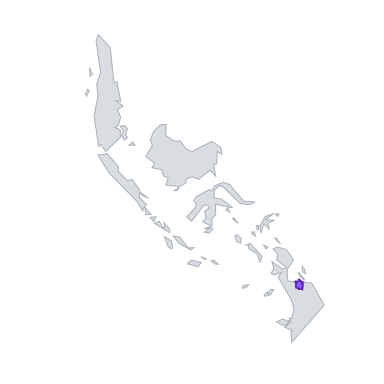 location of Waropen, Papua, Indonesia, rotated 41°
{"feature_id": "22746128B12986554349068", "entity_name": "Waropen", "entity_type": "district", "adm_level": 2, "iso_a3": "IDN", "parent_name": "Indonesia", "parent_adm1": "Papua", "projection": "albers", "projection_center": [136.631, -2.729], "detail": "fine", "context": "in_parent", "style": "filled", "palette": "violet", "viewbox_px": 384, "rotation_deg": 41, "n_neighbors": 0, "source": "geoboundaries", "source_scale": "gbopen_adm2", "svg_char_len": 6104}
<svg xmlns="http://www.w3.org/2000/svg" viewBox="0 0 384 384"><g transform="rotate(41 192 192)"><path d="M128.2,158.0L135.1,166.6L144.9,165.3L149.9,161.0L158.6,163.3L165.4,161.5L173.8,140.7L184.6,139.5L189.9,144.2L184.4,144.8L192.2,154.5L190.2,156.8L199.4,164.5L191.2,163.7L188.8,177.9L182.6,180.1L179.2,185.8L181.4,189.6L179.2,195.9L167.6,204.0L164.8,197.0L160.0,198.8L154.8,194.9L146.0,199.8L144.7,194.8L133.8,195.6L131.5,182.9L125.9,179.5L123.3,170.7L124.1,162.1L128.2,158.0ZM18.0,134.7L35.7,136.7L59.1,158.7L61.9,160.4L63.0,158.0L78.5,170.2L74.9,173.1L83.4,172.3L81.8,178.9L88.9,182.2L92.8,190.1L91.4,193.9L97.0,192.1L102.0,197.5L100.4,218.0L91.9,216.0L91.7,218.9L68.3,198.9L58.2,181.5L49.2,172.9L44.5,161.6L20.9,141.3L18.0,134.7ZM366.0,190.7L365.9,239.9L358.6,232.9L359.4,230.8L350.2,233.2L351.7,228.3L349.1,225.8L350.0,225.4L351.5,225.6L352.4,225.3L348.0,223.4L350.0,222.8L346.1,213.8L338.1,208.3L313.1,199.8L312.1,194.0L308.8,200.4L305.1,201.6L303.9,195.9L298.0,192.1L311.0,190.8L312.7,186.8L300.5,187.9L297.6,182.8L290.5,181.8L292.5,177.5L301.1,173.6L313.1,176.5L314.8,188.4L322.8,196.4L342.1,182.1L366.0,190.7ZM244.1,163.8L235.6,169.1L211.5,167.7L208.6,169.8L207.7,176.0L212.4,182.1L219.2,177.9L233.3,177.3L217.6,185.9L224.8,193.6L224.6,199.0L229.3,204.7L219.7,207.6L219.8,202.6L214.3,198.3L215.4,192.5L212.4,191.9L209.5,194.1L211.0,214.1L204.4,214.3L204.8,202.4L203.5,198.4L199.0,197.6L198.3,192.5L203.5,178.7L206.1,178.3L205.1,172.5L209.1,164.4L215.2,161.7L236.9,165.0L245.8,158.6L244.1,163.8ZM102.8,218.7L119.9,221.1L122.6,224.8L135.8,225.7L138.8,221.7L151.7,225.2L155.4,230.6L165.9,231.4L165.9,236.1L167.4,238.8L157.3,235.3L117.1,232.0L96.8,225.8L102.8,218.7ZM265.7,164.7L272.9,159.2L269.7,165.6L274.6,169.4L266.9,168.9L271.1,177.9L265.5,173.0L263.4,162.6L267.9,154.5L265.7,164.7ZM269.5,192.8L287.4,194.7L289.2,200.2L281.9,196.2L271.9,197.2L269.0,195.0L267.3,197.6L269.5,192.8ZM229.0,236.6L215.9,239.2L206.7,237.6L212.7,234.0L225.6,236.8L230.0,232.8L229.0,236.6ZM191.2,233.7L200.0,234.7L201.6,237.4L184.0,240.3L186.7,235.4L192.8,238.0L194.8,237.0L191.2,233.7ZM245.2,238.9L245.5,244.4L235.7,249.3L236.1,244.1L245.2,238.9ZM101.8,186.6L104.3,192.6L107.8,193.3L106.7,197.1L101.6,195.4L99.9,190.5L94.9,189.6L97.3,186.0L101.8,186.6ZM347.5,233.5L340.9,234.3L344.1,228.1L349.3,226.8L351.0,229.1L347.5,233.5ZM208.3,242.6L212.4,245.2L214.3,248.1L210.2,249.1L200.4,243.8L208.3,242.6ZM259.4,194.6L262.2,198.7L258.1,200.1L253.3,197.1L253.5,194.8L259.4,194.6ZM166.4,234.3L175.8,235.9L171.6,239.3L166.4,234.3ZM181.0,234.3L182.5,239.4L177.0,238.7L181.0,234.3ZM118.4,194.0L113.9,197.9L114.2,193.1L118.4,194.0ZM317.7,212.0L318.8,218.5L316.7,218.8L314.9,214.1L317.7,212.0ZM163.3,225.2L156.2,227.3L153.2,226.3L163.3,225.2ZM231.7,205.9L231.8,211.8L227.7,214.4L229.2,206.5L231.7,205.9ZM33.1,165.3L39.7,168.5L39.0,171.6L33.1,165.3ZM49.7,189.0L47.1,187.8L45.8,183.0L47.8,182.8L49.7,189.0ZM293.3,231.5L291.9,229.1L295.6,224.8L295.5,228.6L293.3,231.5ZM285.7,171.6L293.1,173.2L284.8,172.6L285.7,171.6ZM240.8,183.9L247.6,185.5L240.1,185.4L240.8,183.9ZM228.5,208.9L225.0,211.8L228.1,206.5L228.5,208.9ZM323.8,175.8L327.6,176.4L331.3,179.2L327.8,179.8L323.8,175.8ZM259.2,229.2L256.7,231.3L251.7,231.7L253.0,229.2L259.2,229.2ZM317.4,219.6L315.8,222.7L314.1,222.6L314.2,217.7L317.4,219.6ZM269.0,183.7L264.6,184.2L263.3,183.2L265.2,181.2L269.0,183.7ZM324.5,182.9L330.0,183.4L335.2,184.5L330.2,185.2L324.5,182.9ZM229.3,180.5L233.9,182.4L229.2,183.5L229.3,180.5ZM272.4,154.3L269.3,153.8L272.2,151.5L272.4,154.3ZM241.0,235.0L246.1,233.2L246.7,234.3L241.0,235.0ZM285.7,183.8L284.9,186.5L281.0,185.2L283.0,184.3L285.7,183.8ZM179.8,200.7L177.8,202.6L179.3,196.9L179.8,200.7ZM264.5,173.6L266.9,177.3L266.0,177.8L262.5,175.0L264.5,173.6Z" fill="#d9dde1" stroke="#a8b0b8" stroke-width="1"/><path d="M335.1,195.4L335.2,195.2L335.3,195.1L335.5,195.0L335.4,195.1L335.5,195.0L335.8,195.0L335.9,194.9L336.0,195.0L336.0,194.9L336.0,195.0L336.3,195.0L336.3,194.9L336.5,194.9L336.8,194.8L336.8,194.7L337.0,194.5L337.3,194.5L337.4,194.4L337.1,194.2L337.6,194.0L337.9,193.8L338.0,193.7L338.7,193.4L338.9,193.3L338.9,193.2L338.7,193.1L338.8,193.1L338.7,193.0L338.8,192.9L338.7,192.9L338.7,192.7L338.4,192.4L338.4,192.5L338.4,192.4L338.2,192.4L338.0,192.0L338.1,191.9L337.9,191.8L338.1,191.5L338.0,191.3L338.0,191.2L338.0,190.8L338.0,190.7L337.9,190.6L338.0,190.6L337.9,190.6L337.8,190.4L337.7,190.4L337.4,190.2L337.1,190.1L337.0,189.9L336.9,190.0L336.9,189.9L336.8,189.7L336.7,189.7L336.4,189.5L336.3,189.4L336.2,189.3L336.2,189.2L335.9,189.2L335.7,189.2L335.3,188.9L335.4,188.7L335.4,188.8L335.5,188.8L335.4,188.7L335.5,188.6L335.4,188.6L335.3,188.4L335.4,188.2L335.3,188.3L335.3,188.2L335.2,188.1L335.2,187.9L335.0,187.7L334.9,187.7L334.7,187.6L334.7,187.4L334.6,187.5L334.4,187.6L334.3,187.8L334.1,187.8L334.2,188.0L334.3,188.0L334.2,188.0L334.1,187.9L334.0,188.0L334.1,187.9L333.8,187.7L333.7,187.8L333.5,188.0L333.4,188.0L333.3,187.9L333.2,187.9L332.9,187.9L332.8,187.7L332.6,187.6L332.4,187.6L332.2,187.5L331.9,187.6L331.7,187.6L331.4,187.7L331.3,187.8L331.2,187.8L331.1,188.0L330.9,188.2L331.0,188.4L331.0,188.6L331.0,188.8L330.9,188.9L330.8,189.0L330.7,189.1L330.6,189.4L330.5,189.6L330.6,189.9L330.5,190.2L330.4,190.3L330.1,190.7L330.0,190.8L329.9,190.8L329.7,190.8L329.4,191.0L328.9,191.1L328.7,191.3L328.6,191.5L328.8,191.6L328.8,191.8L329.1,191.8L329.2,191.7L329.3,191.8L329.3,191.7L329.5,191.7L329.4,191.9L329.5,191.9L329.5,192.0L329.5,191.9L329.6,192.0L329.8,192.0L330.0,192.1L330.1,192.3L330.3,192.4L330.2,192.5L330.3,192.5L330.4,192.4L330.4,192.5L330.5,192.6L330.4,192.7L330.5,192.7L330.7,192.8L330.8,192.9L330.9,193.0L331.0,193.1L331.0,193.3L331.1,193.5L331.1,193.8L331.3,194.0L331.5,194.1L331.7,194.3L331.8,194.5L331.8,194.8L331.9,195.0L332.0,195.1L332.1,195.3L332.3,195.3L332.5,195.3L332.7,195.5L332.9,195.4L333.0,195.5L333.0,195.4L333.3,195.5L333.5,195.5L333.8,195.6L334.0,195.7L334.3,195.7L334.5,195.6L334.9,195.6L335.0,195.5L335.0,195.4L335.1,195.4ZM330.5,187.7L330.4,187.6L330.3,187.8L330.5,187.7L330.5,187.7ZM334.2,187.9L334.1,188.0L334.1,187.9L334.2,187.9Z" fill="#8b5cf6" stroke="#5b21b6" stroke-width="1.5"/></g></svg>